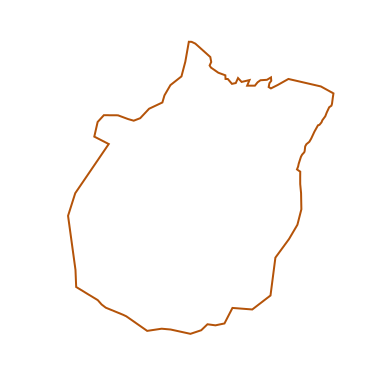 Bida, Niger, Nigeria (Albers equal-area conic projection), rotated 284°
{"feature_id": "59680162B96484505623852", "entity_name": "Bida", "entity_type": "district", "adm_level": 2, "iso_a3": "NGA", "parent_name": "Nigeria", "parent_adm1": "Niger", "projection": "albers", "projection_center": [6.019, 9.036], "detail": "fine", "context": "isolated", "style": "outline", "palette": "amber", "viewbox_px": 384, "rotation_deg": 284, "n_neighbors": 0, "source": "geoboundaries", "source_scale": "gbopen_adm2", "svg_char_len": 1305}
<svg xmlns="http://www.w3.org/2000/svg" viewBox="0 0 384 384"><g transform="rotate(284 192 192)"><path d="M337.0,152.6L316.8,154.0L301.6,153.8L290.5,145.2L279.1,141.9L271.7,141.6L262.4,130.2L251.1,123.9L247.1,118.2L247.3,112.4L248.5,101.6L245.2,87.9L237.1,83.5L222.1,83.8L218.4,99.6L162.6,79.0L138.9,77.5L88.2,97.8L71.8,102.6L67.7,115.7L64.3,126.7L61.0,131.5L58.9,136.3L56.2,154.8L55.5,158.3L46.4,182.1L52.0,195.6L53.4,204.5L54.0,224.8L60.1,234.4L67.4,239.0L68.3,247.0L72.3,255.3L89.3,259.3L92.6,278.9L110.6,293.2L148.5,288.8L169.8,297.5L185.7,302.2L201.7,302.3L217.3,298.1L225.8,295.1L232.5,293.4L237.9,292.1L239.3,288.4L242.3,288.8L245.3,288.7L252.6,289.2L254.9,289.8L257.7,291.3L259.1,291.4L263.6,290.8L266.0,291.4L269.1,293.7L272.5,294.7L280.2,296.2L287.2,298.1L288.0,299.4L290.9,300.8L293.1,301.1L297.7,303.0L301.7,303.5L307.4,304.6L309.5,306.4L311.5,306.5L317.6,305.8L321.9,305.4L325.6,291.5L325.2,269.0L325.0,258.2L316.6,249.3L311.6,243.5L312.4,241.0L316.2,240.8L319.1,242.0L322.3,240.9L319.0,237.6L317.0,231.4L314.3,229.1L310.4,227.3L308.5,219.8L314.5,220.7L310.8,213.5L313.7,209.1L308.3,208.1L306.6,204.6L310.3,199.4L309.8,197.2L313.3,196.1L314.1,188.7L317.3,180.3L319.0,178.5L322.8,179.2L327.4,177.1L336.8,159.3L337.6,155.3L337.0,152.6Z" fill="none" stroke="#b45309" stroke-width="2"/></g></svg>